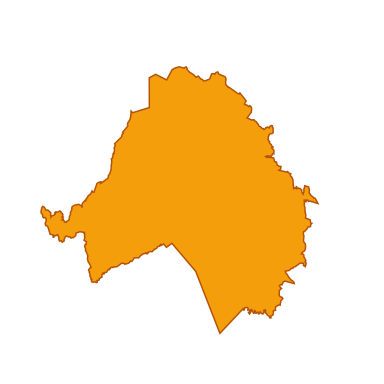 the district of Bocoyna, Chihuahua, Mexico, rotated 22°
{"feature_id": "50627088B40912895688063", "entity_name": "Bocoyna", "entity_type": "district", "adm_level": 2, "iso_a3": "MEX", "parent_name": "Mexico", "parent_adm1": "Chihuahua", "projection": "robinson", "projection_center": [-107.606, 27.815], "detail": "fine", "context": "isolated", "style": "filled", "palette": "amber", "viewbox_px": 384, "rotation_deg": 22, "n_neighbors": 0, "source": "geoboundaries", "source_scale": "gbopen_adm2", "svg_char_len": 6024}
<svg xmlns="http://www.w3.org/2000/svg" viewBox="0 0 384 384"><g transform="rotate(22 192 192)"><path d="M64.1,271.6L65.2,270.7L66.6,271.4L67.6,273.1L67.6,276.0L68.8,277.9L69.8,277.7L71.4,278.3L76.4,284.4L79.2,283.8L80.0,285.8L80.5,285.8L80.9,285.3L80.5,284.5L80.8,283.8L82.0,283.6L82.9,282.1L83.5,281.9L84.2,282.9L85.5,283.7L85.9,285.2L87.5,287.2L89.1,286.0L90.4,287.2L91.8,285.4L91.1,283.8L91.4,283.0L91.1,281.7L92.2,279.7L94.3,280.0L95.8,279.2L96.9,280.1L97.4,279.9L98.4,278.8L99.0,278.8L100.6,275.9L99.9,274.0L100.1,273.1L101.9,272.0L102.6,270.9L107.4,269.8L107.4,270.9L108.4,271.4L108.7,273.0L109.7,274.2L110.0,277.2L112.7,277.6L113.5,280.4L112.6,280.6L112.8,282.5L114.9,285.0L115.1,286.2L117.1,287.7L119.4,290.3L120.0,293.0L121.8,295.5L124.6,297.5L126.7,299.7L125.6,301.1L125.4,303.4L127.0,304.5L126.9,305.1L128.6,307.0L128.8,308.2L130.2,309.1L130.6,310.1L131.7,310.5L131.4,311.1L131.8,311.2L132.5,312.9L134.2,312.7L135.6,311.5L137.2,311.9L138.0,311.1L137.0,309.7L138.4,308.9L138.9,308.1L138.5,307.7L138.7,306.8L140.4,304.4L139.8,303.8L139.5,302.2L140.2,301.4L139.6,300.7L140.2,300.3L141.1,300.8L141.5,299.2L142.8,298.5L143.1,296.4L143.7,294.9L144.2,295.1L144.3,294.3L144.8,294.0L144.8,292.9L146.1,291.6L147.0,291.7L147.3,291.0L150.5,289.3L153.4,284.4L155.3,283.7L156.8,284.2L156.8,283.6L158.0,283.3L159.7,281.9L160.6,280.4L160.7,279.1L161.6,279.1L162.5,278.3L163.1,274.7L167.3,272.9L168.2,270.1L170.1,267.4L171.8,266.5L171.9,265.7L173.3,266.2L173.3,265.4L174.1,265.3L174.0,264.6L174.9,263.1L177.4,262.3L178.8,259.0L179.7,258.4L180.4,257.0L180.6,255.5L181.8,254.8L182.5,252.3L183.2,252.4L183.4,253.1L185.2,250.8L189.0,252.9L192.6,247.1L225.2,264.2L270.8,312.6L283.1,281.1L284.0,282.1L284.7,281.6L284.3,280.0L284.7,279.2L286.5,278.4L287.4,278.6L288.1,280.7L289.3,279.7L289.9,279.7L290.3,280.9L289.5,282.6L291.0,283.6L291.5,281.2L291.1,279.5L291.4,278.7L294.5,281.4L295.0,281.1L294.6,278.5L295.3,278.7L296.0,280.4L297.2,280.2L297.2,279.2L298.0,278.6L299.2,280.0L299.8,280.0L300.2,277.6L301.8,278.6L303.4,278.6L303.9,276.1L302.9,274.9L303.2,274.2L304.2,273.9L304.8,274.4L304.9,275.9L305.5,276.7L306.7,276.7L307.9,277.9L310.1,278.3L311.2,279.6L312.4,279.1L311.6,277.7L313.2,275.5L312.0,271.7L313.8,270.4L313.1,269.4L312.6,266.9L315.0,264.0L316.1,263.9L315.1,259.5L316.2,256.9L315.3,256.0L313.3,256.0L311.6,255.3L309.9,250.5L311.1,247.8L310.1,247.7L308.1,246.1L308.8,244.6L310.1,244.6L310.4,241.1L311.6,239.8L321.1,238.6L320.5,237.7L318.9,236.8L316.5,236.3L312.6,234.1L311.7,233.1L309.4,232.0L308.2,230.5L311.6,228.2L312.6,225.8L314.1,225.0L313.9,224.4L314.4,223.4L315.7,222.6L318.9,217.4L321.8,216.4L322.6,217.2L322.6,218.1L323.9,218.7L324.2,218.2L324.9,218.5L324.7,217.7L325.4,217.1L324.8,217.3L324.5,215.1L323.0,214.6L323.3,212.9L320.1,210.3L319.2,208.4L317.6,207.8L316.7,208.3L316.9,206.2L317.9,205.5L318.6,203.2L317.9,200.4L316.6,197.8L314.4,196.4L313.5,195.1L312.2,190.7L311.2,189.7L310.4,187.6L310.3,187.0L311.2,186.3L312.3,183.6L312.6,181.0L314.8,179.8L314.3,177.6L314.8,176.3L314.0,176.6L311.9,173.5L307.1,173.7L306.1,170.6L303.6,166.9L302.8,164.5L301.5,162.9L299.1,157.5L300.0,157.1L300.7,158.5L301.4,158.3L301.2,156.9L301.5,156.3L302.7,156.3L303.4,157.2L305.0,156.1L307.0,156.2L307.6,155.6L309.2,155.9L313.1,155.5L308.6,151.7L307.1,152.0L306.8,151.5L304.1,150.8L301.0,148.9L300.0,146.0L298.2,143.6L294.1,144.0L294.8,146.3L294.6,147.4L295.7,149.8L295.8,152.4L293.7,150.8L293.1,149.2L291.2,148.4L289.4,148.4L288.3,149.4L287.1,147.9L286.7,147.9L287.0,149.9L285.4,149.6L284.9,150.7L280.8,142.6L278.9,140.8L277.1,140.1L276.7,138.0L275.5,138.3L273.1,137.3L273.1,137.9L264.5,139.3L265.6,137.5L264.9,135.0L263.2,135.5L260.9,135.2L259.1,132.5L258.1,133.0L256.8,132.4L255.0,129.8L249.7,131.1L249.2,131.8L247.0,131.6L247.9,130.5L252.0,129.1L252.5,127.5L252.2,127.1L252.8,126.1L253.6,126.0L252.9,125.0L253.1,124.0L251.8,122.2L249.4,121.3L250.3,119.9L248.6,119.5L248.0,118.5L245.7,117.6L245.0,116.8L245.2,116.4L242.7,114.8L242.9,114.0L242.0,112.5L242.2,111.0L241.8,110.2L242.7,108.6L244.5,107.8L245.0,106.5L243.2,102.3L242.2,101.6L241.8,100.5L240.9,100.5L239.5,102.1L239.6,103.7L237.8,103.5L237.1,103.9L236.9,104.5L236.3,104.8L236.4,105.7L235.4,107.1L234.6,106.5L233.0,106.8L231.4,105.9L229.6,105.9L227.3,103.9L226.5,103.9L225.7,102.9L222.8,102.3L222.5,101.8L220.2,102.9L215.3,102.7L217.1,95.9L216.0,92.2L214.8,90.8L213.2,90.3L212.6,91.5L210.2,90.8L208.5,91.2L207.7,90.8L208.1,87.3L199.3,82.2L199.1,83.5L197.4,83.5L187.2,81.1L186.3,81.4L186.0,80.9L183.7,80.2L182.1,78.0L181.2,74.4L179.4,72.7L172.5,72.6L171.2,71.1L170.5,71.3L169.4,72.3L169.0,74.3L167.3,74.2L165.9,75.2L166.1,80.5L162.8,83.9L161.2,84.6L158.9,83.7L157.7,83.9L154.8,82.3L154.3,82.2L152.9,84.1L148.8,82.5L144.8,81.8L141.5,80.3L141.2,79.2L139.8,78.2L138.6,79.2L138.3,80.1L133.2,80.7L129.3,83.9L128.6,85.4L127.8,85.8L126.5,97.6L114.2,96.5L109.6,102.1L120.8,129.7L107.3,140.7L105.2,139.8L107.0,145.0L107.3,148.3L106.6,151.9L106.9,153.7L107.8,154.9L105.3,162.6L106.3,163.3L105.6,164.9L106.1,167.1L102.2,176.2L103.5,177.8L103.3,180.2L104.6,182.5L104.8,184.7L105.3,185.1L104.7,185.5L104.9,186.3L104.5,186.6L105.2,187.7L105.1,189.0L105.6,190.5L104.8,191.5L105.6,192.5L106.7,195.2L107.1,197.6L108.5,201.0L108.9,205.8L108.3,207.9L109.0,210.7L104.1,218.2L103.6,216.7L101.5,218.4L100.7,219.8L101.2,229.0L100.6,229.3L98.9,228.5L98.8,231.6L97.1,234.6L97.1,236.4L96.4,237.8L96.7,239.9L96.0,239.7L94.7,243.3L94.8,245.3L95.8,246.9L95.5,247.2L94.7,246.3L91.8,245.8L88.3,248.0L86.3,250.6L87.2,253.9L87.0,256.9L87.7,258.3L87.6,260.7L88.3,263.2L88.2,264.5L86.8,266.4L86.6,267.3L85.0,267.5L84.8,266.8L83.2,266.5L82.9,265.5L82.2,266.0L82.5,265.3L81.5,264.2L81.8,263.7L81.1,263.8L81.6,263.2L80.9,262.6L80.8,261.3L79.3,260.3L78.6,260.5L78.1,259.5L76.6,259.0L74.7,261.3L73.3,261.3L72.8,261.9L72.5,262.9L73.2,263.1L73.3,262.6L73.5,263.4L72.7,265.2L71.1,266.5L70.7,267.9L70.4,266.9L69.7,266.9L69.0,264.4L67.8,263.7L65.1,262.7L63.3,263.6L60.9,261.4L59.0,261.2L58.6,262.9L59.4,266.9L60.3,268.3L61.8,268.8L63.0,271.0L64.1,271.6Z" fill="#f59e0b" stroke="#b45309" stroke-width="1.5"/></g></svg>